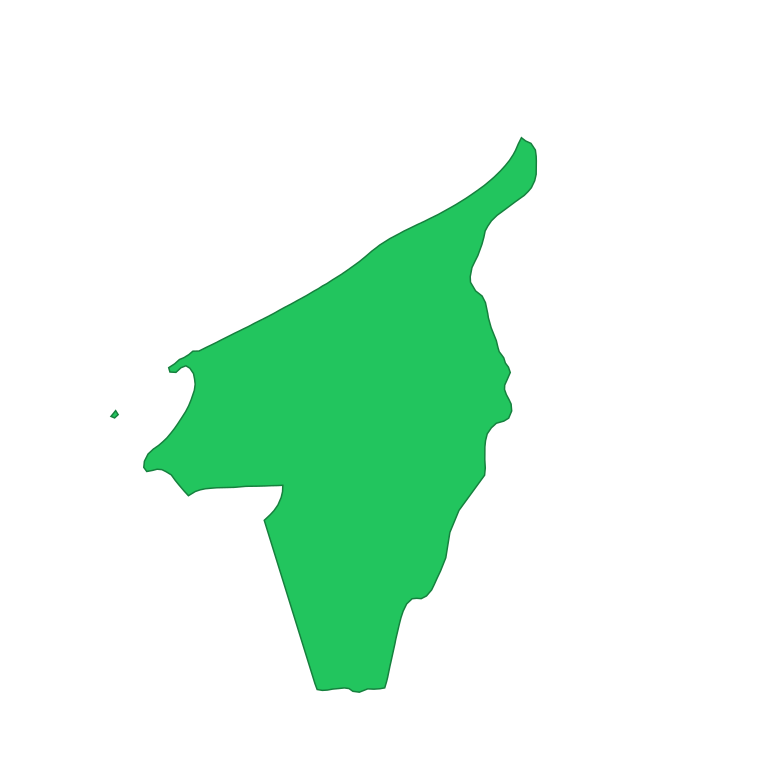 São Francisco do Sul, Santa Catarina, Brazil (Equal Earth projection), rotated 219°
{"feature_id": "56859067B10973410912110", "entity_name": "São Francisco do Sul", "entity_type": "district", "adm_level": 2, "iso_a3": "BRA", "parent_name": "Brazil", "parent_adm1": "Santa Catarina", "projection": "equal_earth", "projection_center": [-48.617, -26.291], "detail": "fine", "context": "isolated", "style": "filled", "palette": "green", "viewbox_px": 768, "rotation_deg": 219, "n_neighbors": 0, "source": "geoboundaries", "source_scale": "gbopen_adm2", "svg_char_len": 2716}
<svg xmlns="http://www.w3.org/2000/svg" viewBox="0 0 768 768"><g transform="rotate(219 384 384)"><path d="M347.8,504.1L356.4,511.1L363.1,514.1L371.4,514.0L380.8,517.5L384.5,521.6L388.9,529.8L390.5,536.5L391.9,542.9L395.8,554.2L398.7,560.8L401.7,566.6L402.7,572.0L403.2,578.4L402.3,586.2L399.7,596.1L396.7,608.0L393.7,618.9L393.1,624.3L393.0,629.3L394.8,636.8L397.7,642.7L405.9,653.1L409.1,656.8L413.6,661.1L421.2,663.5L427.0,662.0L432.2,661.9L430.7,655.0L428.8,648.3L427.9,643.5L427.2,636.6L427.2,629.8L427.6,622.7L428.6,614.1L429.6,608.5L431.1,601.0L433.4,592.5L435.4,585.6L437.2,579.7L439.4,573.4L441.0,568.8L442.7,564.4L445.5,557.4L448.8,549.3L452.4,541.6L454.9,536.0L458.3,529.1L461.7,521.8L464.7,515.5L466.9,510.1L470.9,500.8L474.7,489.6L475.8,484.8L477.1,479.6L478.5,471.7L480.3,463.1L482.5,455.0L484.1,449.2L486.4,441.5L489.5,432.7L491.6,426.0L493.5,421.5L495.1,416.5L497.0,411.9L499.9,403.9L503.6,395.0L506.6,387.5L509.2,381.6L511.6,375.8L514.0,369.6L517.2,362.2L519.6,356.9L522.8,349.9L525.6,343.2L527.8,338.6L529.8,334.2L532.0,329.6L534.0,325.1L536.0,320.7L538.4,315.4L540.8,309.9L542.8,305.6L545.0,301.0L548.6,293.1L553.2,289.2L554.2,283.9L556.2,278.3L558.4,274.3L559.4,267.9L561.6,261.2L557.9,258.6L553.0,262.1L552.0,268.9L549.4,273.5L544.8,274.1L538.6,272.2L534.4,268.7L530.6,265.0L527.4,259.7L525.7,255.1L524.0,250.5L522.1,244.2L520.8,237.8L520.1,231.7L519.2,223.0L518.8,217.4L518.7,211.6L518.8,205.4L519.5,200.0L520.5,194.4L522.3,188.3L523.3,181.1L521.6,173.2L518.2,168.0L513.3,166.7L509.5,171.2L506.7,175.0L502.7,177.7L498.1,178.7L492.1,179.5L485.5,177.7L479.8,176.5L471.8,175.0L465.7,174.1L463.0,181.7L460.3,186.0L457.0,190.1L452.8,194.2L448.8,198.0L435.4,209.4L426.8,217.7L418.5,224.6L412.4,229.8L407.9,233.8L402.7,238.2L398.9,241.6L395.1,236.5L392.5,231.1L390.3,223.3L389.8,216.4L390.2,210.5L391.3,202.7L249.1,107.7L243.7,104.5L239.1,107.1L235.3,110.6L231.9,114.6L227.8,118.6L223.5,122.9L219.5,125.3L214.8,125.6L209.2,129.0L204.8,136.8L199.8,140.5L195.4,144.6L192.2,148.3L194.6,154.1L196.6,158.4L202.0,168.8L204.1,173.1L212.0,188.9L214.3,193.2L218.4,201.7L221.2,207.5L223.8,213.2L226.2,219.6L228.0,227.4L227.0,234.8L223.8,238.0L220.0,240.6L217.6,246.0L217.4,254.0L218.8,260.0L220.6,266.8L222.4,274.3L226.6,287.8L239.4,310.1L246.2,333.0L248.4,376.4L252.4,382.4L258.1,388.7L266.0,398.6L269.4,403.8L272.4,410.2L273.0,417.5L272.0,424.2L267.5,430.6L265.6,435.9L267.8,443.4L272.6,448.4L277.1,450.6L282.3,452.8L286.9,455.6L289.5,459.1L291.1,465.2L293.1,472.4L297.9,475.4L302.9,476.7L307.4,479.7L311.1,480.7L314.8,481.6L318.3,484.0L324.0,488.4L336.2,495.2L344.6,501.2L347.8,504.1ZM575.8,187.0L572.0,188.1L571.3,192.9L575.8,194.4L575.8,187.0Z" fill="#22c55e" stroke="#15803d" stroke-width="1.5"/></g></svg>